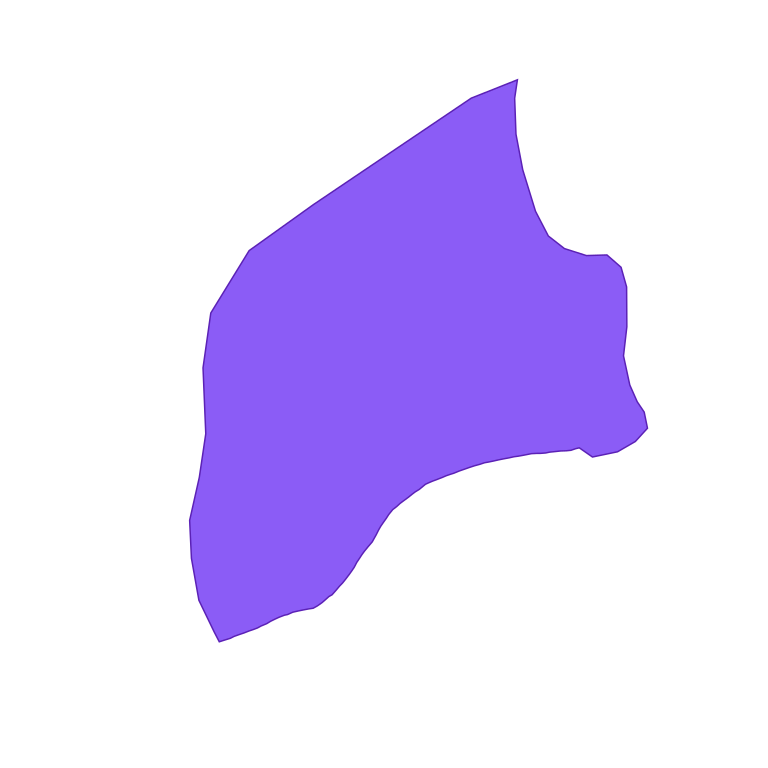 the district of Grande Riviere/White Rock, Gros Islet, Saint Lucia, rotated 56°
{"feature_id": "8701671B44431410980873", "entity_name": "Grande Riviere/White Rock", "entity_type": "district", "adm_level": 2, "iso_a3": "LCA", "parent_name": "Saint Lucia", "parent_adm1": "Gros Islet", "projection": "robinson", "projection_center": [-60.954, 14.036], "detail": "fine", "context": "isolated", "style": "filled", "palette": "violet", "viewbox_px": 768, "rotation_deg": 56, "n_neighbors": 0, "source": "geoboundaries", "source_scale": "gbopen_adm2", "svg_char_len": 1634}
<svg xmlns="http://www.w3.org/2000/svg" viewBox="0 0 768 768"><g transform="rotate(56 384 384)"><path d="M206.4,103.3L195.8,151.8L195.8,248.2L195.8,292.7L195.8,342.1L198.0,421.2L228.3,487.9L269.4,525.0L325.6,559.6L358.1,589.3L388.4,621.4L420.8,641.1L459.8,658.4L494.4,663.4L505.6,664.7L507.2,659.2L508.9,653.6L509.4,649.5L510.8,644.0L512.1,639.3L513.3,633.9L514.4,629.9L515.5,625.3L515.9,621.2L517.1,615.2L517.3,610.7L518.0,605.6L518.7,601.4L520.0,595.8L521.2,592.9L522.2,587.2L524.1,582.3L526.4,576.7L528.3,572.3L530.3,568.1L530.7,563.4L530.6,557.6L530.1,553.5L529.4,548.5L529.7,544.9L528.0,538.4L526.7,533.9L525.8,529.6L524.4,525.1L522.4,519.2L520.8,514.9L519.3,511.2L516.7,506.4L514.8,501.7L513.1,497.7L511.6,493.5L510.0,488.2L508.3,482.0L506.3,478.1L504.7,474.9L501.9,469.9L500.0,466.0L498.1,461.1L496.6,457.1L494.9,453.2L493.0,447.0L492.7,442.1L492.0,437.6L491.8,433.6L491.5,426.7L491.1,422.3L490.9,418.5L491.1,413.5L490.3,405.8L490.9,402.1L491.7,398.0L492.7,393.9L494.1,387.7L494.8,383.9L496.0,379.4L497.0,376.1L498.2,370.3L499.6,365.0L500.9,360.0L502.4,354.7L504.2,349.4L505.5,344.7L507.1,341.1L509.0,336.5L510.9,331.6L512.8,327.0L515.2,321.5L517.0,316.9L518.8,313.3L520.4,309.7L522.2,305.5L524.2,300.7L527.1,295.9L529.1,292.9L531.6,288.5L533.1,284.8L536.1,279.2L538.3,275.0L541.3,270.2L543.5,266.1L544.8,261.3L546.1,257.8L561.1,252.0L570.8,228.3L572.2,207.7L568.0,190.3L552.8,184.0L540.3,184.0L522.3,180.8L494.6,169.7L472.4,150.7L439.2,128.6L419.8,122.2L401.7,127.0L390.7,144.4L372.6,158.7L353.2,165.0L325.5,161.8L284.0,149.2L250.7,134.9L220.2,115.9L206.4,103.3Z" fill="#8b5cf6" stroke="#5b21b6" stroke-width="1.5"/></g></svg>